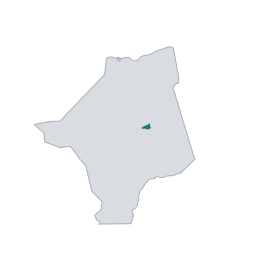 Mathira, Central, Kenya (highlighted), rotated 224°
{"feature_id": "3690345B12350857551286", "entity_name": "Mathira", "entity_type": "district", "adm_level": 2, "iso_a3": "KEN", "parent_name": "Kenya", "parent_adm1": "Central", "projection": "mercator", "projection_center": [37.111, -0.356], "detail": "fine", "context": "in_parent", "style": "filled", "palette": "teal", "viewbox_px": 256, "rotation_deg": 224, "n_neighbors": 0, "source": "geoboundaries", "source_scale": "gbopen_adm2", "svg_char_len": 3719}
<svg xmlns="http://www.w3.org/2000/svg" viewBox="0 0 256 256"><g transform="rotate(224 128 128)"><path d="M58.2,152.5L58.2,149.6L58.6,142.0L58.6,135.3L58.9,132.0L60.6,129.9L61.3,128.3L61.9,126.2L62.8,124.4L64.7,123.0L65.1,122.2L67.1,119.9L68.4,116.8L69.3,115.8L70.5,114.8L71.3,114.3L72.6,113.8L73.7,113.5L73.9,113.3L74.0,112.8L73.6,110.9L74.1,110.2L74.8,109.0L75.6,107.8L76.4,107.1L76.8,106.3L77.0,104.9L77.0,104.0L77.0,102.5L76.8,98.9L75.9,96.0L75.4,92.7L75.8,91.6L75.1,89.7L74.7,89.6L74.2,89.2L73.5,87.4L72.9,85.7L72.6,85.3L70.2,83.9L69.1,80.4L67.8,79.7L67.1,76.3L66.9,75.3L67.7,71.9L67.6,71.1L66.8,70.4L64.6,69.7L62.8,68.3L63.1,67.8L63.2,67.3L62.2,67.0L59.5,61.2L63.0,57.7L66.6,54.1L71.1,49.7L75.3,45.5L78.9,42.0L82.1,38.8L82.0,39.4L82.1,40.2L82.5,40.7L83.1,41.1L84.0,40.7L84.8,40.2L85.6,40.1L90.5,41.4L91.3,42.6L91.2,43.8L91.4,44.7L91.1,45.6L90.6,48.3L90.8,50.8L92.2,52.7L93.5,54.1L94.5,56.2L95.3,56.8L96.3,57.1L99.7,57.2L104.6,57.3L109.3,57.5L109.7,57.5L110.7,57.8L115.1,60.6L119.1,63.1L122.5,65.3L125.7,67.4L128.9,69.5L131.4,71.2L133.8,71.7L137.8,71.9L140.5,72.0L143.1,72.7L146.8,73.4L149.6,73.8L151.3,74.1L156.0,74.5L156.8,74.3L158.9,72.4L161.2,69.3L162.1,67.6L165.1,65.9L170.4,63.6L174.1,61.9L178.2,60.2L180.1,61.7L182.7,64.0L183.9,65.2L184.8,65.7L186.2,66.0L187.9,66.0L188.9,66.0L190.8,65.7L195.3,65.4L197.8,65.4L195.7,68.5L193.1,72.2L188.3,79.0L184.7,82.6L182.0,85.3L181.7,85.8L181.7,88.8L181.8,96.2L181.8,110.9L181.9,125.7L181.9,140.4L182.0,147.8L182.0,150.2L184.4,153.3L186.7,156.4L189.8,160.4L191.5,162.5L191.8,163.2L191.7,164.7L189.1,167.7L187.0,169.0L184.2,169.7L183.4,169.6L182.3,169.1L181.8,169.9L181.5,171.0L180.9,170.7L180.4,170.4L180.7,172.4L181.0,173.4L180.6,174.7L179.2,175.9L179.1,176.9L176.1,179.4L171.9,179.7L169.7,181.0L168.8,182.1L168.0,184.3L168.3,187.8L167.1,190.5L166.9,191.9L164.7,193.7L163.8,195.3L163.1,196.9L162.4,197.6L161.7,201.3L160.7,203.5L160.4,204.2L160.2,204.9L159.4,206.2L158.9,207.1L158.5,207.7L156.0,213.4L154.0,216.0L152.4,215.7L151.4,216.7L151.3,217.2L150.7,216.9L149.4,216.0L146.7,214.0L144.0,212.1L141.3,210.1L138.7,208.2L136.0,206.3L133.3,204.3L130.6,202.4L127.9,200.5L126.3,199.3L125.6,198.7L125.1,197.3L124.8,197.0L124.1,196.6L123.3,196.5L123.0,196.2L123.0,195.6L123.3,194.6L124.3,192.9L124.4,191.8L124.2,190.6L123.9,188.7L123.7,188.3L121.9,187.3L118.2,185.2L114.4,183.1L110.7,181.1L107.0,179.0L103.2,176.9L99.5,174.8L95.8,172.7L92.1,170.6L88.3,168.6L84.6,166.5L80.9,164.4L77.2,162.3L73.4,160.2L69.7,158.2L66.0,156.1L62.2,154.0L60.8,153.2L59.6,152.5L58.2,152.5ZM182.3,172.8L181.6,172.9L181.9,171.9L183.9,170.6L184.6,170.9L184.8,171.2L184.7,171.5L184.4,171.8L182.3,172.8Z" fill="#d9dde1" stroke="#a8b0b8" stroke-width="1"/><path d="M112.9,142.0L113.0,142.1L113.1,142.3L113.2,142.5L113.2,142.8L113.2,143.0L113.3,143.0L113.2,143.1L113.3,143.1L113.2,143.2L113.2,143.3L113.3,143.3L113.3,143.2L113.3,143.3L113.2,143.4L113.3,143.4L113.3,143.5L113.2,143.5L113.3,143.6L113.5,143.7L113.5,143.8L113.8,144.0L113.9,144.3L114.0,144.3L114.1,144.5L114.3,144.5L114.3,144.4L114.4,144.5L114.4,144.4L114.5,144.4L114.8,144.5L114.9,144.8L115.0,144.9L115.0,144.7L115.0,144.4L114.9,144.2L115.0,144.2L115.3,144.1L115.2,144.1L115.3,144.0L115.4,143.9L115.3,143.7L115.2,143.7L115.3,143.6L115.5,143.4L115.5,143.2L115.5,142.9L115.5,142.7L115.9,142.7L116.0,142.5L116.0,142.4L116.4,141.4L116.6,140.9L117.2,139.3L117.8,137.6L117.1,138.6L115.9,140.0L115.7,140.1L115.5,140.3L115.4,140.4L115.2,140.4L115.0,140.5L115.0,140.4L114.9,140.4L114.7,140.5L114.4,140.6L114.2,140.7L114.2,140.8L113.9,140.8L113.8,141.0L113.7,141.1L113.6,141.3L113.4,141.4L113.4,141.5L113.2,141.6L112.9,141.7L112.9,141.8L113.0,141.8L112.9,141.9L112.9,142.0L112.9,142.0Z" fill="#14b8a6" stroke="#0f766e" stroke-width="1.5"/></g></svg>